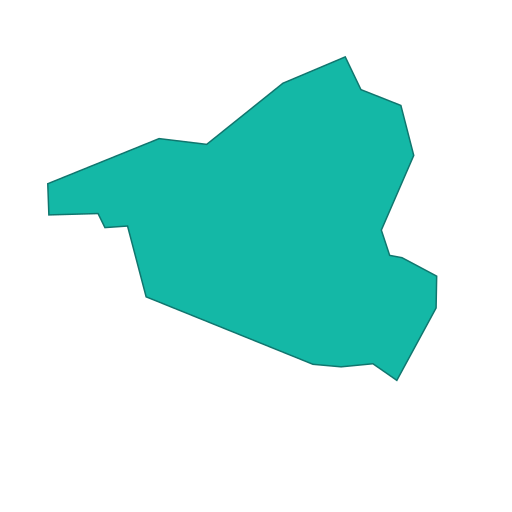 Kuçovë, Berat, Albania (Albers equal-area conic projection), rotated 342°
{"feature_id": "67620474B36949901982284", "entity_name": "Kuçovë", "entity_type": "district", "adm_level": 2, "iso_a3": "ALB", "parent_name": "Albania", "parent_adm1": "Berat", "projection": "albers", "projection_center": [19.91, 40.812], "detail": "fine", "context": "isolated", "style": "filled", "palette": "teal", "viewbox_px": 512, "rotation_deg": 342, "n_neighbors": 0, "source": "geoboundaries", "source_scale": "gbopen_adm2", "svg_char_len": 443}
<svg xmlns="http://www.w3.org/2000/svg" viewBox="0 0 512 512"><g transform="rotate(342 256 256)"><path d="M80.3,122.9L71.7,152.9L118.9,166.8L121.1,182.3L143.1,187.8L138.9,260.9L276.7,376.6L302.7,387.7L333.9,394.6L351.5,417.8L411.2,361.1L421.6,331.0L394.3,302.7L383.3,296.7L383.2,270.1L437.1,209.1L440.3,157.6L407.2,130.2L402.4,94.2L335.0,100.0L243.6,134.6L200.1,114.4L80.3,122.9Z" fill="#14b8a6" stroke="#0f766e" stroke-width="1.5"/></g></svg>